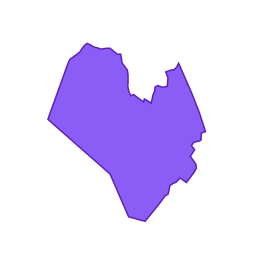 the district of Maraial, Pernambuco, Brazil, rotated 160°
{"feature_id": "56859067B76593573663300", "entity_name": "Maraial", "entity_type": "district", "adm_level": 2, "iso_a3": "BRA", "parent_name": "Brazil", "parent_adm1": "Pernambuco", "projection": "equal_earth", "projection_center": [-35.787, -8.834], "detail": "fine", "context": "isolated", "style": "filled", "palette": "violet", "viewbox_px": 256, "rotation_deg": 160, "n_neighbors": 0, "source": "geoboundaries", "source_scale": "gbopen_adm2", "svg_char_len": 986}
<svg xmlns="http://www.w3.org/2000/svg" viewBox="0 0 256 256"><g transform="rotate(160 128 128)"><path d="M116.0,51.7L113.3,51.9L111.6,54.1L108.3,59.6L104.6,60.5L101.4,60.6L96.2,63.2L91.7,56.8L83.9,61.9L81.2,63.7L77.5,66.8L76.6,70.9L79.1,80.0L72.8,84.8L74.4,89.7L71.7,91.8L69.2,92.0L66.0,91.3L63.5,91.7L62.2,94.8L60.9,98.1L56.4,98.1L55.7,117.8L56.2,138.8L58.3,171.6L61.1,168.8L64.4,167.1L67.8,167.7L73.3,167.8L73.3,161.5L76.9,153.7L81.4,154.4L85.6,157.7L88.6,157.2L90.2,153.7L93.0,150.8L95.6,146.7L97.9,143.4L99.9,146.4L102.7,149.7L104.4,147.2L107.7,151.8L111.3,157.6L114.2,157.3L114.8,161.4L113.9,167.5L112.2,171.2L109.7,178.2L108.8,182.8L111.3,191.1L109.6,199.9L112.8,200.9L117.6,209.1L121.4,210.4L126.2,211.3L128.9,213.4L132.5,215.9L134.6,218.7L137.6,221.5L141.5,220.1L147.6,215.7L159.0,212.4L162.4,209.1L196.9,167.7L200.3,163.5L184.0,133.7L174.2,115.8L160.6,90.9L157.8,44.3L143.9,34.5L126.6,44.8L119.2,49.6L116.0,51.7Z" fill="#8b5cf6" stroke="#5b21b6" stroke-width="1.5"/></g></svg>